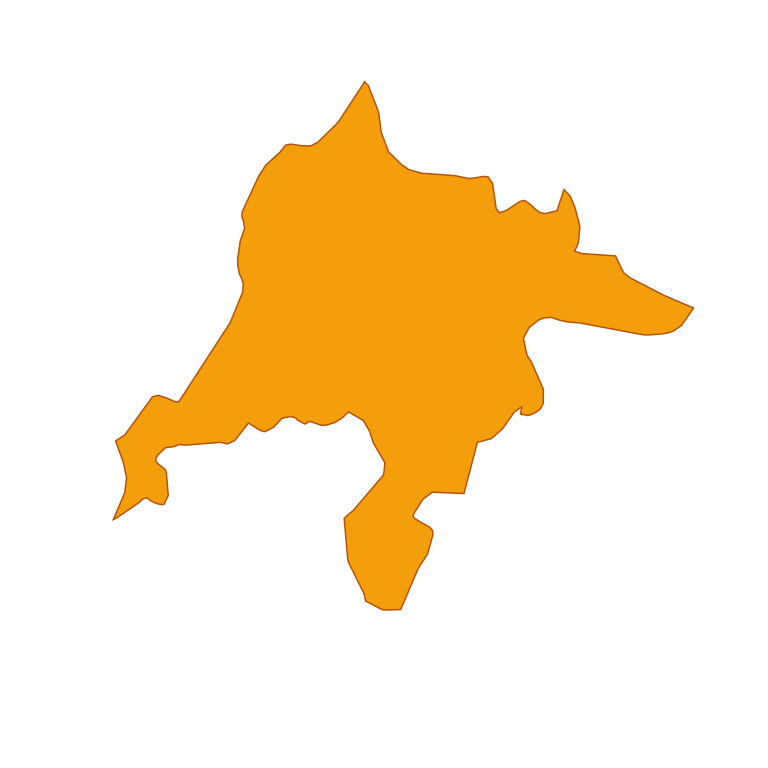 map outline of Aargau (Robinson projection), rotated 303°
{"feature_id": "CHE-162", "entity_name": "Aargau", "entity_type": "Canton", "adm_level": 1, "iso_a3": "CHE", "parent_name": "Switzerland", "parent_adm1": "", "projection": "robinson", "projection_center": [8.112, 47.382], "detail": "fine", "context": "isolated", "style": "filled", "palette": "amber", "viewbox_px": 768, "rotation_deg": 303, "n_neighbors": 0, "source": "natural_earth", "source_scale": "10m", "svg_char_len": 2355}
<svg xmlns="http://www.w3.org/2000/svg" viewBox="0 0 768 768"><g transform="rotate(303 384 384)"><path d="M503.4,165.7L522.2,170.6L530.6,171.3L534.5,175.3L538.4,184.0L543.6,192.8L550.7,196.8L578.3,203.0L624.7,203.2L626.9,202.9L625.7,208.4L609.1,231.3L593.4,244.8L581.2,261.4L577.6,278.7L577.3,288.0L581.2,300.6L597.2,329.7L602.7,343.7L612.6,354.9L614.4,358.3L611.4,365.8L592.1,382.6L590.6,387.5L592.8,389.5L597.0,392.5L611.2,398.6L614.5,401.9L614.4,407.6L612.9,417.4L612.7,420.4L613.4,423.4L615.0,426.8L623.6,434.7L645.1,429.0L643.0,437.7L636.4,447.6L622.8,462.5L610.3,469.1L605.5,470.8L603.5,471.0L601.3,471.1L599.2,471.4L601.1,478.8L617.5,508.4L608.0,523.9L607.6,526.4L607.0,532.1L610.8,570.4L616.3,602.3L615.7,602.3L595.1,601.6L586.1,597.9L582.1,594.8L576.8,589.2L568.8,578.5L566.2,574.1L541.8,514.9L536.2,504.5L533.2,496.7L530.9,487.9L526.8,482.6L522.6,479.2L510.6,474.9L498.3,476.0L486.1,488.1L482.8,495.5L466.3,520.6L454.5,528.1L447.9,528.7L442.9,526.8L439.6,524.8L436.8,522.6L435.5,521.1L434.6,518.0L433.3,516.2L433.3,514.9L434.4,514.1L439.7,512.2L437.6,510.8L431.0,508.5L411.3,507.9L396.7,503.8L385.9,494.1L335.7,510.7L319.5,483.3L308.3,479.4L292.7,479.6L289.6,480.0L288.5,481.2L287.9,483.7L288.1,490.9L288.8,498.7L288.5,501.8L287.9,503.6L287.5,504.5L286.3,505.6L283.5,507.4L265.0,513.1L248.4,513.1L203.9,520.8L194.4,507.0L193.7,504.8L191.9,487.0L197.4,481.2L215.0,451.5L217.2,449.1L249.5,423.9L254.8,425.0L261.1,427.1L307.5,433.1L312.7,430.7L318.6,427.4L328.5,407.7L336.8,397.1L342.1,386.7L341.3,369.5L332.2,367.2L325.1,363.9L318.8,358.7L315.4,354.5L312.2,342.0L307.3,339.4L306.6,331.2L307.2,329.3L307.0,326.4L305.8,323.4L299.5,317.0L288.2,315.2L279.1,310.1L278.4,308.3L277.6,304.6L277.5,291.6L255.3,289.6L248.6,285.4L246.0,278.6L224.9,251.2L221.5,244.9L217.3,242.2L211.6,235.5L201.2,232.9L196.8,233.5L194.8,234.9L193.9,238.6L193.5,244.3L193.0,247.2L191.2,249.7L172.9,263.8L163.1,265.0L161.0,261.9L159.5,256.7L159.0,251.4L159.5,247.1L156.8,244.8L155.1,243.9L151.7,243.4L125.2,232.3L122.9,230.8L151.5,225.8L165.2,219.2L176.8,207.5L190.0,189.9L200.2,194.4L247.1,196.8L251.5,200.7L253.8,209.2L255.2,217.7L257.2,221.6L351.7,221.6L384.4,215.4L391.5,211.3L394.7,207.4L397.6,202.8L403.8,196.8L409.7,192.9L425.5,185.6L438.7,182.3L443.7,177.8L447.3,173.4L451.1,171.3L490.2,165.7L503.4,165.7Z" fill="#f59e0b" stroke="#b45309" stroke-width="1.5"/></g></svg>